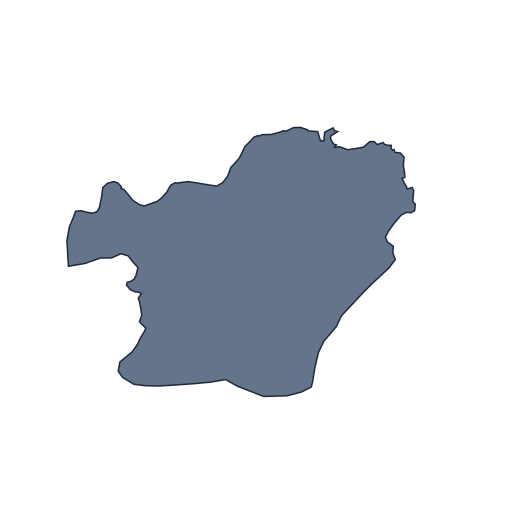 Owensgrove, Grand Bassa, Liberia, rotated 58°
{"feature_id": "62588387B80284911734552", "entity_name": "Owensgrove", "entity_type": "district", "adm_level": 2, "iso_a3": "LBR", "parent_name": "Liberia", "parent_adm1": "Grand Bassa", "projection": "natural_earth1", "projection_center": [-10.306, 6.196], "detail": "fine", "context": "isolated", "style": "filled", "palette": "slate", "viewbox_px": 512, "rotation_deg": 58, "n_neighbors": 0, "source": "geoboundaries", "source_scale": "gbopen_adm2", "svg_char_len": 2624}
<svg xmlns="http://www.w3.org/2000/svg" viewBox="0 0 512 512"><g transform="rotate(58 256 256)"><path d="M238.9,82.5L238.6,84.1L236.3,84.4L234.7,83.2L233.9,82.6L232.1,85.2L231.6,85.9L229.5,87.8L227.2,88.0L226.9,89.0L225.7,94.2L221.5,95.2L219.3,99.0L220.6,107.4L218.6,112.3L214.5,121.9L207.4,127.4L205.3,132.0L204.6,129.9L204.3,129.0L203.8,129.6L202.7,130.5L201.5,130.9L200.4,130.8L198.4,130.8L196.0,130.5L195.4,129.9L194.9,129.9L193.9,129.3L193.8,120.8L191.6,122.8L188.1,122.8L187.8,126.8L187.4,132.2L189.4,133.7L191.7,135.7L192.7,136.3L193.9,136.4L193.9,136.8L194.2,137.1L194.2,137.7L193.8,139.1L192.9,139.0L192.3,140.3L190.0,139.6L186.6,138.7L183.2,137.7L177.4,145.7L176.2,145.4L172.3,148.7L170.5,150.1L167.0,156.2L166.1,164.0L164.0,167.0L164.1,167.7L164.2,168.1L161.7,176.5L161.1,178.5L156.2,186.8L155.9,190.0L155.0,190.3L154.5,192.7L154.1,194.8L155.5,199.7L157.4,207.6L160.5,212.4L162.5,215.7L164.3,218.6L167.6,230.5L173.3,237.7L174.9,242.1L176.0,245.1L176.0,247.8L175.9,252.0L175.9,252.4L161.0,269.4L157.3,273.6L153.3,281.9L153.4,282.4L150.9,286.2L150.8,290.1L150.8,291.0L154.5,297.8L156.7,305.1L156.8,306.4L157.4,310.8L157.0,312.4L156.2,316.1L154.3,324.3L150.5,327.7L145.4,330.1L143.3,331.0L129.8,332.6L127.1,334.7L125.9,333.4L120.9,334.4L118.9,336.0L117.5,337.2L115.6,343.5L116.8,349.7L124.7,356.2L129.3,360.7L131.9,363.2L134.0,367.1L133.4,371.2L131.4,373.9L130.6,374.9L129.8,375.7L124.8,380.5L122.4,385.3L126.5,390.5L132.3,398.7L142.7,408.2L163.1,419.3L165.3,420.5L171.7,405.0L175.3,388.9L181.1,379.5L182.5,369.3L188.2,364.3L196.0,363.6L202.9,362.2L204.9,363.9L207.4,366.5L208.8,367.9L211.0,371.4L211.2,375.5L210.1,379.2L212.0,381.3L218.1,380.4L222.3,377.6L224.7,374.5L227.4,373.2L229.2,378.1L233.2,379.1L239.4,381.5L245.9,384.4L249.8,389.6L253.1,389.1L258.8,387.7L261.1,391.1L263.9,396.9L267.9,403.0L271.6,411.6L273.8,427.7L280.7,433.9L288.2,433.5L300.1,427.5L307.1,418.9L314.3,408.1L323.2,391.7L328.8,381.2L331.6,375.9L336.3,366.5L338.7,361.9L344.7,347.2L352.1,343.2L356.6,340.7L357.3,340.2L363.4,335.7L379.2,323.9L391.1,303.6L391.8,301.2L395.4,289.7L396.2,281.1L396.4,278.5L392.7,274.7L381.3,264.7L380.4,263.8L370.8,254.0L366.4,247.1L364.2,243.6L358.5,225.4L351.9,215.0L343.5,183.2L340.9,171.9L339.8,166.0L338.2,158.0L336.7,150.0L332.8,139.7L331.6,139.5L325.7,138.2L320.5,134.4L313.9,137.1L308.4,136.2L304.8,129.8L301.3,120.9L298.3,111.4L298.6,105.6L301.4,101.6L301.6,97.4L296.5,93.5L292.9,94.2L284.4,87.8L280.7,87.2L279.2,92.5L277.1,91.6L272.8,91.6L268.4,91.2L267.7,91.1L268.2,88.1L264.2,85.9L257.4,83.1L250.7,78.1L245.3,78.8L241.7,83.3L238.9,82.5Z" fill="#64748b" stroke="#1e293b" stroke-width="1.5"/></g></svg>